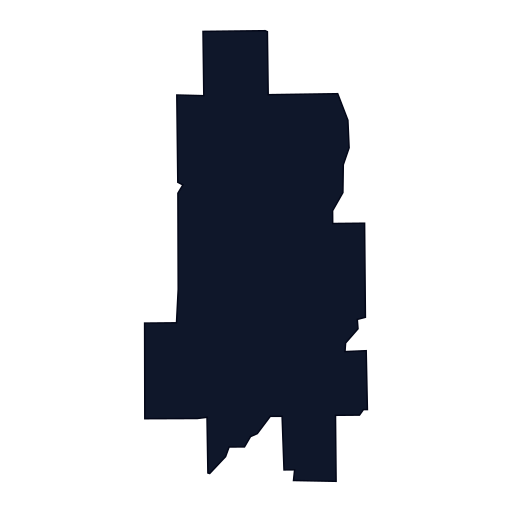 the district of Crenshaw, Alabama, United States of America
{"feature_id": "52423323B38201258104652", "entity_name": "Crenshaw", "entity_type": "district", "adm_level": 2, "iso_a3": "USA", "parent_name": "United States of America", "parent_adm1": "Alabama", "projection": "mercator", "projection_center": [-86.295, 31.746], "detail": "fine", "context": "isolated", "style": "filled", "palette": "ink", "viewbox_px": 512, "rotation_deg": 0, "n_neighbors": 0, "source": "geoboundaries", "source_scale": "gbopen_adm2", "svg_char_len": 689}
<svg xmlns="http://www.w3.org/2000/svg" viewBox="0 0 512 512"><path d="M144.8,418.7L197.3,418.5L207.0,417.3L207.9,473.0L209.7,473.5L225.6,456.6L229.1,447.0L244.5,446.9L250.5,436.6L257.3,433.6L270.3,416.3L282.1,416.3L284.0,469.9L294.6,469.8L293.5,480.5L336.1,481.3L335.5,415.3L359.5,415.1L363.4,409.6L367.4,409.6L366.2,350.7L345.0,351.6L345.6,343.0L358.0,328.8L357.3,319.4L365.4,317.3L364.6,223.2L332.7,223.5L332.6,210.7L342.9,192.6L343.3,164.7L349.1,147.8L347.9,120.2L337.7,93.7L268.2,94.7L267.4,31.7L265.2,30.7L203.0,31.4L203.8,95.7L176.8,95.0L177.8,182.3L182.9,184.9L177.9,193.2L178.2,289.3L176.5,322.8L144.6,323.1L144.8,418.7Z" fill="#0f172a" stroke="#020617" stroke-width="1.5"/></svg>